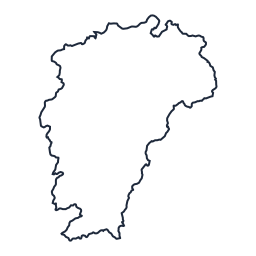 outline of Jiangxi
{"feature_id": "CHN-1817", "entity_name": "Jiangxi", "entity_type": "Province", "adm_level": 1, "iso_a3": "CHN", "parent_name": "China", "parent_adm1": "", "projection": "mercator", "projection_center": [115.66, 27.278], "detail": "fine", "context": "isolated", "style": "outline", "palette": "slate", "viewbox_px": 256, "rotation_deg": 0, "n_neighbors": 0, "source": "natural_earth", "source_scale": "10m", "svg_char_len": 5681}
<svg xmlns="http://www.w3.org/2000/svg" viewBox="0 0 256 256"><path d="M54.8,204.0L52.7,203.0L53.3,200.5L54.6,198.4L54.7,197.6L54.0,195.9L52.4,194.5L51.9,192.3L51.9,191.3L53.3,189.0L54.2,186.7L55.4,185.3L55.9,184.2L55.9,180.0L56.3,178.9L57.3,177.7L58.5,177.3L59.6,176.0L61.4,175.4L62.5,174.7L63.0,174.1L63.1,173.7L62.7,172.7L60.7,172.0L59.1,172.5L57.1,174.0L56.4,174.0L55.4,173.3L53.9,174.4L52.7,174.1L53.2,172.5L55.3,169.5L56.1,164.9L58.0,162.3L58.1,160.2L58.5,158.1L58.4,157.7L55.9,157.4L55.0,156.4L54.2,156.0L51.6,155.5L50.5,154.5L50.0,152.6L49.3,147.6L50.5,146.0L50.8,144.3L51.5,142.9L51.5,142.2L50.4,141.6L49.7,140.1L48.5,138.8L47.9,137.2L46.8,137.5L46.4,136.7L46.6,134.7L47.4,133.3L49.0,131.4L49.9,129.6L50.0,128.8L50.0,126.7L47.5,125.6L46.2,126.0L44.6,127.1L43.7,127.4L41.3,126.2L40.9,125.5L40.1,119.3L39.5,117.9L39.5,117.3L40.5,115.0L41.3,112.3L44.8,106.8L45.0,105.6L44.8,102.6L45.2,101.5L46.1,100.7L47.4,100.6L49.0,99.8L51.5,99.5L52.3,99.2L55.0,97.1L55.7,96.2L56.0,93.5L56.2,92.7L57.9,91.5L58.7,89.5L60.8,88.9L62.0,88.1L63.7,85.0L63.8,84.2L63.4,83.2L61.5,82.1L61.9,80.1L61.7,79.3L59.7,79.0L58.4,77.6L57.4,77.0L59.0,75.5L59.4,74.9L59.8,72.5L59.8,70.8L60.5,67.8L60.1,66.2L59.4,65.6L56.7,64.3L56.0,62.9L55.5,62.5L54.1,61.6L52.3,61.1L51.9,60.9L51.7,60.1L51.8,56.4L55.2,52.3L57.6,50.7L58.5,50.5L60.7,50.3L62.6,49.4L64.1,49.1L64.1,46.9L64.2,46.0L65.1,44.8L65.8,44.3L66.4,44.5L67.7,45.5L69.0,45.6L70.5,45.3L71.6,45.9L72.0,46.0L78.4,43.5L80.9,43.0L81.4,43.2L81.9,44.1L82.7,44.2L84.2,43.4L84.8,42.8L85.5,40.5L87.0,38.8L87.1,37.5L87.4,37.5L88.2,38.4L88.9,38.4L89.4,36.8L90.1,36.1L94.1,36.2L94.8,37.7L95.5,38.2L95.8,37.6L96.0,35.9L96.4,34.8L95.4,33.0L94.6,32.5L94.3,32.0L97.8,32.2L99.9,32.9L101.2,33.7L103.7,32.6L105.5,30.9L106.4,29.7L106.9,28.2L107.2,26.3L108.9,23.3L110.6,23.7L113.7,23.4L116.8,23.5L117.2,23.8L118.1,25.6L122.2,28.6L123.4,28.8L127.3,28.3L131.4,26.6L132.7,26.5L135.9,26.8L136.9,26.5L138.1,25.7L140.2,23.6L141.4,22.9L144.2,22.7L145.9,22.1L146.4,21.6L147.1,19.6L148.8,17.3L150.8,15.6L152.6,15.4L154.0,15.7L155.9,16.8L158.8,19.9L159.3,21.0L158.5,23.9L156.0,28.0L155.5,28.2L155.0,27.8L154.4,27.8L153.4,29.5L152.2,29.2L151.7,29.8L150.7,33.2L152.3,34.6L153.8,36.5L154.5,36.5L154.9,35.6L155.3,35.5L157.1,36.6L158.9,36.4L162.0,31.8L166.5,29.5L166.7,29.2L166.7,28.4L167.2,26.6L166.6,25.3L165.8,24.9L165.7,24.5L166.8,23.2L167.9,21.4L169.0,20.9L169.9,20.7L170.3,20.8L171.6,21.8L171.8,22.1L171.4,23.6L171.6,24.1L172.2,24.5L173.5,24.8L174.9,24.2L175.3,24.2L176.0,25.0L177.2,24.5L177.9,24.6L177.8,26.8L178.0,27.5L179.1,29.3L180.7,31.5L181.7,32.2L182.4,33.4L182.9,33.7L186.3,33.8L188.0,35.6L188.9,36.1L191.0,36.0L192.5,35.5L195.7,36.4L197.3,35.8L198.9,35.5L200.2,35.9L201.2,36.6L203.2,37.2L203.6,38.2L203.5,39.1L203.7,40.6L204.1,41.2L205.9,42.5L206.0,44.1L205.6,45.0L204.2,46.8L202.1,47.2L201.3,47.7L201.4,49.1L201.2,50.2L199.4,53.2L199.4,53.5L199.7,54.4L201.3,56.0L201.7,57.0L204.0,58.1L207.6,60.8L207.5,61.9L208.7,62.2L209.2,62.8L209.8,64.0L210.3,65.8L212.8,67.4L213.6,70.3L214.8,71.9L214.4,75.4L214.9,77.4L215.9,78.7L215.7,79.2L215.2,79.7L216.1,80.8L216.2,84.5L216.5,86.5L216.4,87.0L215.5,88.3L212.7,90.1L212.0,91.1L212.1,91.7L213.1,92.8L212.5,96.2L210.7,96.6L206.0,98.4L204.5,98.2L204.1,98.4L203.5,99.3L202.6,99.8L201.9,100.8L200.1,100.7L199.0,101.2L197.5,101.2L195.1,102.3L192.8,102.7L192.1,103.4L191.8,104.0L191.7,106.3L190.5,107.6L189.8,107.6L188.8,106.9L187.3,106.7L185.5,105.8L184.8,105.0L184.4,103.9L183.5,102.9L183.0,101.4L182.2,101.1L181.7,101.3L180.5,102.4L178.7,103.2L178.0,104.0L176.0,105.5L175.2,105.8L173.9,105.6L173.6,105.9L173.9,108.3L173.7,109.3L171.5,111.3L169.5,114.1L167.2,118.2L167.1,120.7L167.8,122.6L167.9,123.3L166.9,125.2L167.0,126.6L167.4,127.0L168.1,126.8L168.3,127.8L168.9,128.5L169.0,129.2L167.3,131.9L166.1,133.0L164.8,136.2L160.6,139.8L159.2,139.6L157.5,140.2L155.0,140.3L152.7,141.5L151.8,141.1L151.5,141.2L150.7,142.0L149.5,142.8L147.1,145.8L146.5,150.3L145.7,151.8L145.6,153.2L146.0,154.4L146.6,155.2L146.9,158.3L148.1,160.2L149.7,160.9L148.9,164.7L148.5,165.4L147.8,165.7L147.2,165.5L146.4,164.4L145.6,164.5L141.7,169.4L141.6,170.1L142.0,172.2L141.9,173.2L142.5,174.8L141.7,178.4L140.4,180.1L139.0,182.7L137.0,183.8L134.4,184.3L133.3,185.1L132.2,186.3L132.2,188.2L133.1,189.5L133.1,189.9L131.5,190.6L130.7,192.3L129.5,193.2L128.5,195.2L128.3,196.3L129.0,197.9L127.4,201.0L126.5,205.3L126.6,206.8L126.5,207.6L126.0,208.6L125.0,209.7L123.8,211.6L121.7,213.1L121.7,213.4L122.8,217.7L122.9,219.6L123.4,220.8L123.1,221.8L122.1,222.1L122.1,222.4L123.3,224.1L124.0,225.7L123.5,226.0L121.5,225.7L120.6,225.9L119.4,226.6L118.6,228.0L118.6,229.5L118.4,231.0L119.5,233.1L119.5,235.8L120.1,237.7L120.1,238.1L116.8,238.8L116.3,238.7L114.8,237.3L112.9,236.3L111.2,233.5L109.2,232.3L107.5,229.8L106.5,229.3L103.9,230.1L103.3,230.9L102.2,230.2L100.9,230.4L100.0,230.9L97.9,232.8L96.8,233.3L95.0,233.3L93.5,232.4L93.1,232.4L92.2,233.2L89.0,234.1L87.2,236.8L86.7,237.1L85.8,236.8L85.1,235.8L83.3,235.3L82.6,235.4L81.8,235.9L81.3,238.0L80.8,238.6L79.7,238.5L79.2,238.1L78.9,237.4L78.5,237.2L75.9,238.6L73.1,238.5L72.3,239.0L71.2,240.4L70.7,240.6L70.0,240.6L69.4,240.2L68.4,238.0L65.8,236.8L64.3,234.9L61.9,234.3L61.5,233.7L62.3,232.9L65.1,231.4L66.7,229.7L67.7,227.3L69.2,225.4L69.4,223.1L70.2,221.6L72.4,220.6L75.4,218.4L78.2,217.8L79.5,216.7L80.9,216.5L81.6,216.1L81.7,215.7L80.2,214.9L79.9,214.3L81.2,211.0L81.0,209.7L80.2,208.8L78.1,208.0L76.6,207.0L76.3,206.5L75.9,204.6L75.0,204.2L74.1,204.4L73.0,205.5L71.0,205.3L69.2,207.5L67.1,208.3L65.8,209.1L62.7,209.1L60.9,208.5L59.9,208.4L59.1,208.7L57.7,209.7L56.7,210.1L56.0,210.1L55.6,209.8L55.5,209.4L56.3,207.5L55.8,205.0L56.0,203.8L55.8,203.5L54.8,204.0Z" fill="none" stroke="#1e293b" stroke-width="2"/></svg>